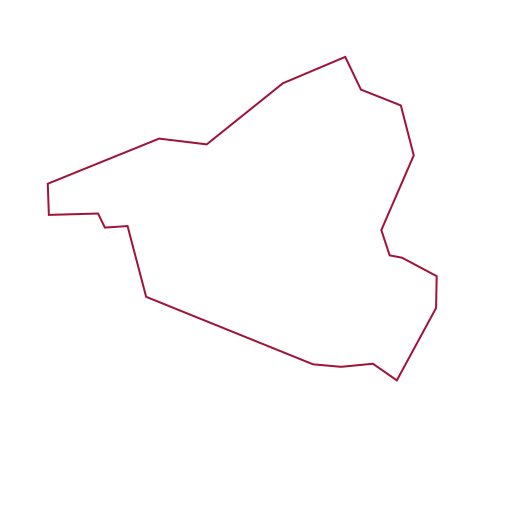 Kuçovë, Berat, Albania (Albers equal-area conic projection), rotated 342°
{"feature_id": "67620474B36949901982284", "entity_name": "Kuçovë", "entity_type": "district", "adm_level": 2, "iso_a3": "ALB", "parent_name": "Albania", "parent_adm1": "Berat", "projection": "albers", "projection_center": [19.91, 40.812], "detail": "fine", "context": "isolated", "style": "outline", "palette": "rose", "viewbox_px": 512, "rotation_deg": 342, "n_neighbors": 0, "source": "geoboundaries", "source_scale": "gbopen_adm2", "svg_char_len": 438}
<svg xmlns="http://www.w3.org/2000/svg" viewBox="0 0 512 512"><g transform="rotate(342 256 256)"><path d="M80.3,122.9L71.7,152.9L118.9,166.8L121.1,182.3L143.1,187.8L138.9,260.9L276.7,376.6L302.7,387.7L333.9,394.6L351.5,417.8L411.2,361.1L421.6,331.0L394.3,302.7L383.3,296.7L383.2,270.1L437.1,209.1L440.3,157.6L407.2,130.2L402.4,94.2L335.0,100.0L243.6,134.6L200.1,114.4L80.3,122.9Z" fill="none" stroke="#9f1239" stroke-width="2"/></g></svg>